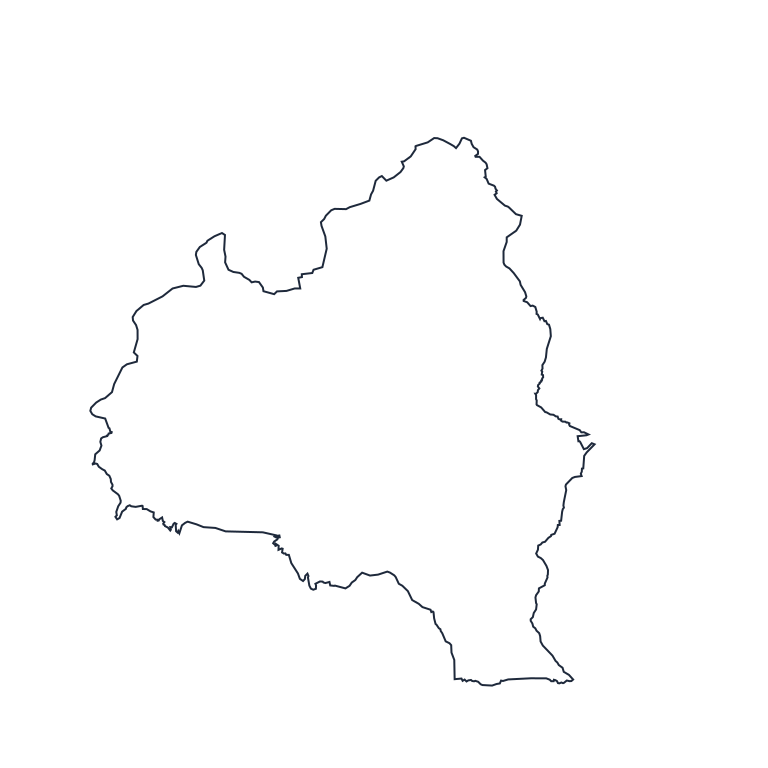 the district of Camarzana, Satu Mare, Romania, rotated 288°
{"feature_id": "2599482B36340809154582", "entity_name": "Camarzana", "entity_type": "district", "adm_level": 2, "iso_a3": "ROU", "parent_name": "Romania", "parent_adm1": "Satu Mare", "projection": "albers", "projection_center": [23.295, 48.003], "detail": "fine", "context": "isolated", "style": "outline", "palette": "slate", "viewbox_px": 768, "rotation_deg": 288, "n_neighbors": 0, "source": "geoboundaries", "source_scale": "gbopen_adm2", "svg_char_len": 6166}
<svg xmlns="http://www.w3.org/2000/svg" viewBox="0 0 768 768"><g transform="rotate(288 384 384)"><path d="M641.7,382.2L635.9,381.5L630.6,379.6L631.8,376.9L632.7,372.8L634.1,365.0L634.3,359.0L633.4,355.7L627.3,350.9L620.3,340.9L619.8,340.5L617.1,341.5L608.7,339.1L602.0,334.3L600.9,332.2L597.1,335.6L595.3,335.7L590.7,334.2L583.5,329.4L578.1,323.4L581.1,317.7L579.0,315.5L574.7,313.3L564.4,313.9L560.3,313.1L553.9,313.4L548.0,306.0L541.6,296.8L538.6,293.9L535.3,282.9L532.9,280.1L526.1,276.7L522.4,276.1L518.4,274.0L515.1,275.7L506.2,282.6L495.0,287.7L476.1,289.3L470.9,281.7L467.4,281.5L463.0,271.9L460.3,272.9L458.5,269.6L449.0,274.8L447.3,269.6L442.4,262.5L439.0,253.6L435.5,251.8L435.0,240.7L438.3,239.0L442.3,233.6L441.6,229.8L439.8,226.7L441.4,223.8L442.7,217.7L444.8,214.5L445.0,212.0L444.0,206.1L444.6,200.8L450.6,195.3L456.2,193.9L462.2,190.5L476.6,186.7L477.5,183.2L472.1,177.1L465.7,171.8L463.5,171.5L457.4,166.5L451.7,164.7L448.6,165.2L440.7,170.8L438.1,174.7L436.1,176.5L426.8,181.1L420.8,179.0L418.2,175.2L415.4,162.8L409.5,153.4L398.9,146.3L387.7,135.1L384.9,131.0L376.9,126.0L370.0,124.3L366.8,125.7L363.4,130.0L359.3,132.9L350.5,135.8L336.7,136.3L334.5,140.9L328.9,142.0L323.3,133.4L318.9,130.1L300.6,127.4L292.2,127.8L284.4,123.1L281.7,119.5L277.4,116.0L271.0,112.8L267.7,113.0L265.1,115.9L264.1,119.8L265.0,129.5L257.2,135.6L257.0,136.6L254.2,138.4L254.1,139.9L253.2,139.9L251.8,137.4L250.6,137.5L249.4,136.5L248.9,136.8L246.5,133.1L244.8,131.8L241.3,132.1L238.1,134.3L232.9,134.1L227.9,131.1L222.2,132.3L220.1,132.4L218.1,131.6L217.6,131.9L219.3,134.3L219.3,136.0L217.2,138.3L215.9,142.3L215.4,145.2L212.7,148.2L211.9,151.1L209.2,153.5L206.5,154.6L204.3,156.9L202.9,157.4L200.4,156.9L199.0,158.9L196.9,165.1L195.8,166.7L191.6,169.7L189.7,170.1L185.6,169.0L179.6,168.9L176.5,170.5L174.7,169.6L172.8,172.0L174.8,173.9L181.7,174.4L185.5,177.1L187.0,177.0L188.6,177.9L190.1,179.7L189.6,181.4L190.4,185.8L193.5,191.5L193.4,192.1L190.6,193.3L191.7,197.0L190.7,201.3L190.7,204.7L186.2,205.8L184.5,208.7L184.9,210.4L184.0,210.9L184.5,211.9L185.9,212.1L188.5,214.2L185.4,216.0L184.8,217.8L183.0,217.2L182.2,217.7L182.0,219.1L181.2,219.6L180.7,222.8L178.6,226.0L179.6,226.3L181.9,225.0L182.2,226.6L186.1,227.1L187.2,227.9L186.8,229.8L185.7,229.4L179.7,231.8L178.9,233.7L180.6,233.8L178.8,235.5L187.1,235.5L190.5,237.8L192.4,239.8L192.6,249.1L192.1,256.6L195.0,268.1L194.9,278.9L205.5,314.6L206.7,327.6L205.1,326.9L204.8,328.7L206.9,329.9L207.6,331.3L206.0,332.2L205.2,330.7L203.3,330.6L200.2,328.2L198.3,327.8L197.2,330.3L196.5,330.8L196.8,331.2L198.5,330.6L197.6,333.8L193.7,334.9L196.0,337.5L196.0,338.5L192.3,339.1L191.8,341.2L192.4,342.6L191.3,343.8L192.1,346.3L185.0,351.2L177.2,360.7L172.7,364.2L171.6,367.9L174.0,369.0L177.2,368.4L180.0,369.8L178.0,371.5L176.6,371.4L169.2,375.3L166.8,377.7L166.5,380.3L168.2,382.5L171.5,381.6L172.8,380.5L176.4,384.1L177.1,386.7L176.5,387.8L176.6,389.8L178.9,393.3L175.8,395.1L176.6,399.0L177.1,399.6L177.7,410.5L181.4,413.6L185.2,414.7L188.7,417.3L192.0,418.2L197.8,421.5L197.5,429.9L200.9,437.3L206.6,445.1L206.5,447.9L205.2,452.9L204.0,454.8L198.6,459.8L197.8,463.8L194.4,470.7L187.2,477.6L185.7,485.0L183.7,489.5L183.7,498.0L181.7,499.5L182.7,500.7L182.3,501.6L176.6,504.1L171.7,507.2L171.3,508.3L168.7,511.6L168.2,513.4L166.6,514.3L165.0,516.4L158.3,522.2L157.7,526.4L156.4,528.6L149.4,531.2L143.3,536.1L125.1,542.4L127.8,548.7L126.0,550.5L127.8,552.0L126.6,554.4L128.2,555.8L129.4,558.2L128.8,559.6L129.1,561.6L129.9,562.5L129.9,565.6L128.3,568.7L128.1,570.6L130.6,580.0L133.5,583.8L135.0,586.7L138.1,587.0L138.3,588.9L141.4,593.4L149.5,614.6L154.2,629.3L154.0,633.0L153.0,634.9L153.8,637.2L155.2,637.0L155.3,638.6L154.9,640.3L153.3,641.9L153.5,643.3L154.9,644.9L154.8,646.7L155.3,647.4L158.5,649.5L158.7,652.3L159.4,654.0L161.4,655.2L164.5,649.8L165.8,643.9L169.3,641.5L170.7,637.1L172.7,634.9L173.6,632.8L177.7,628.2L184.3,615.9L187.5,612.5L192.5,610.4L195.0,608.6L196.5,605.3L198.4,603.4L199.3,600.9L202.1,599.1L204.1,596.7L205.6,596.2L208.3,597.6L212.5,597.2L216.6,598.3L221.7,597.3L222.7,596.3L227.8,594.0L230.2,593.9L234.5,595.3L237.5,594.5L242.3,599.1L243.9,598.6L250.5,599.3L252.0,598.6L253.4,598.7L257.7,597.5L261.2,594.7L265.7,589.6L266.9,586.9L267.4,583.7L269.8,581.1L274.0,581.6L278.0,580.6L279.8,582.6L282.2,583.6L283.7,585.9L288.5,587.9L290.9,589.8L292.2,589.7L294.3,592.5L301.4,593.4L303.6,592.9L304.2,594.6L308.0,593.1L308.7,594.7L317.5,592.9L320.2,592.7L322.0,593.3L323.8,592.2L327.3,591.5L339.4,590.1L342.8,588.2L344.6,588.1L352.8,592.1L354.6,594.3L357.5,600.4L359.5,598.9L361.7,599.2L364.7,598.4L365.3,599.6L377.5,596.6L381.6,597.9L391.7,602.9L391.9,599.9L385.8,597.0L383.8,594.2L389.4,588.6L390.0,587.6L389.6,586.6L394.2,584.3L397.8,592.4L399.2,594.1L399.9,589.1L399.0,586.6L400.6,584.4L401.5,573.7L402.6,572.6L403.9,572.5L404.1,570.3L403.7,569.4L404.2,568.2L403.4,565.3L403.9,563.7L405.2,563.4L404.6,561.9L404.8,560.6L406.7,559.2L406.3,557.4L407.1,554.7L406.4,551.5L407.3,547.3L407.1,546.0L410.3,540.7L411.2,536.0L411.7,535.4L415.6,534.3L416.6,533.3L420.4,532.1L421.5,530.9L421.7,531.6L423.8,532.7L425.7,532.3L427.8,533.1L429.2,531.1L430.6,530.9L432.7,532.0L433.4,531.6L435.0,532.9L435.9,532.4L436.6,533.1L438.2,532.7L439.5,533.3L441.6,532.5L441.7,531.1L444.8,530.6L445.3,529.6L447.6,530.0L450.9,528.8L454.9,529.9L459.3,529.8L467.7,528.0L481.0,527.9L487.6,525.2L491.4,522.6L491.4,520.8L494.0,518.5L493.3,517.2L496.1,514.5L495.0,512.4L494.0,512.3L497.6,508.8L497.8,507.4L499.9,506.9L504.0,504.1L504.5,501.2L503.4,499.3L506.0,494.9L506.1,491.2L507.0,490.8L509.8,492.4L511.3,492.3L514.9,489.8L520.5,483.3L523.6,481.5L529.6,473.1L532.7,467.6L533.5,463.8L534.7,461.6L536.4,460.2L547.3,456.6L557.0,456.8L561.4,455.4L570.7,462.4L577.6,464.1L586.5,463.0L586.3,457.0L590.5,448.4L591.0,446.9L591.0,443.9L594.9,434.2L598.1,430.7L600.2,432.2L601.7,430.9L602.9,431.6L604.2,429.7L605.9,428.7L606.6,427.3L606.9,421.6L610.7,418.3L611.7,415.9L612.6,416.7L618.7,414.0L621.2,415.7L624.7,413.7L625.9,412.2L627.0,409.1L629.6,404.6L628.4,400.9L629.1,400.3L631.9,402.3L634.2,401.6L635.8,400.2L636.9,396.0L639.5,393.2L642.2,391.5L642.9,384.0L641.7,382.2Z" fill="none" stroke="#1e293b" stroke-width="2"/></g></svg>